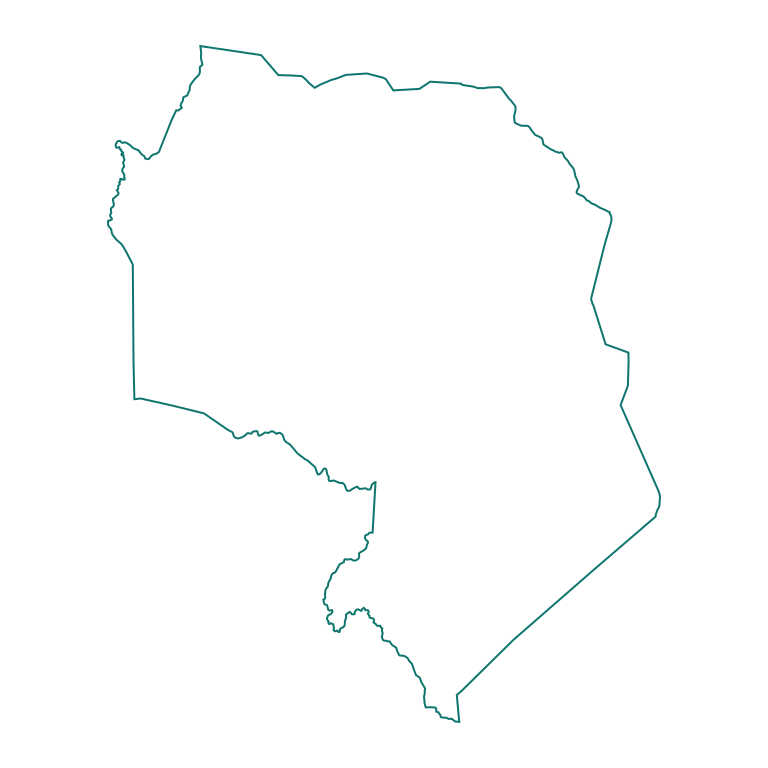 Guaimaca, Francisco Morazán, Honduras
{"feature_id": "27666195B96410778118504", "entity_name": "Guaimaca", "entity_type": "district", "adm_level": 2, "iso_a3": "HND", "parent_name": "Honduras", "parent_adm1": "Francisco Morazán", "projection": "natural_earth1", "projection_center": [-86.911, 14.489], "detail": "fine", "context": "isolated", "style": "outline", "palette": "teal", "viewbox_px": 768, "rotation_deg": 0, "n_neighbors": 0, "source": "geoboundaries", "source_scale": "gbopen_adm2", "svg_char_len": 6077}
<svg xmlns="http://www.w3.org/2000/svg" viewBox="0 0 768 768"><path d="M655.5,516.7L655.9,514.3L657.2,510.5L659.1,506.9L659.5,504.8L660.0,496.2L659.4,493.7L658.3,490.5L620.6,405.1L627.9,385.7L628.6,361.3L628.4,352.6L605.6,344.3L593.4,305.4L592.7,304.4L592.4,303.1L591.2,299.9L591.3,297.9L604.6,244.7L611.1,222.4L611.5,219.9L611.4,217.3L610.8,215.3L609.6,213.3L609.6,212.1L608.0,211.5L605.5,210.1L599.8,207.7L595.2,204.8L591.6,203.4L588.4,200.7L587.4,200.6L586.7,200.3L585.6,198.7L583.2,196.2L580.7,195.3L576.9,193.3L576.6,192.5L576.7,191.5L577.2,190.1L578.8,187.4L578.9,185.7L577.3,180.4L575.3,176.1L574.2,170.3L572.8,167.6L570.0,164.4L567.7,160.6L564.5,157.2L562.9,153.6L562.1,152.6L561.5,152.3L559.3,152.8L555.1,151.5L553.1,150.3L551.1,149.5L544.0,144.9L543.4,144.2L542.5,139.6L541.9,138.3L539.2,136.7L535.3,135.0L532.3,131.4L529.5,127.3L528.4,126.2L526.7,125.7L524.9,125.9L520.8,125.6L515.2,123.0L514.5,121.5L514.1,116.7L514.2,115.5L515.1,112.3L515.5,110.1L515.5,107.2L515.2,106.0L511.1,100.8L509.2,98.9L501.8,88.9L500.7,87.7L498.9,87.1L488.2,87.5L482.4,88.3L480.8,88.0L477.9,88.2L473.3,86.6L462.7,85.0L461.2,84.3L461.0,83.6L430.2,81.7L419.4,88.9L393.3,90.4L385.8,79.1L383.1,77.7L367.0,73.5L345.8,74.9L336.0,78.7L331.4,79.9L320.3,84.6L314.7,87.8L309.2,83.2L305.8,79.5L303.2,77.2L301.5,76.1L291.4,75.5L278.3,75.1L261.1,55.1L200.4,46.1L201.2,53.3L200.9,57.1L201.3,60.1L202.5,64.4L202.2,64.9L200.3,66.5L199.8,67.3L199.9,72.0L199.4,73.9L198.3,75.6L194.6,79.2L190.8,84.3L189.8,86.6L189.8,89.2L189.6,90.2L188.8,91.5L187.3,95.4L183.2,97.4L183.2,98.8L182.7,101.0L181.0,104.0L180.6,105.3L180.8,106.2L181.6,107.3L181.7,108.0L178.1,110.5L176.2,110.3L171.6,120.1L158.9,152.0L156.2,153.8L153.3,154.6L152.3,155.1L150.9,156.4L148.7,159.1L145.9,158.8L145.2,158.5L144.6,156.5L141.5,154.2L138.3,150.1L135.1,149.0L132.9,147.9L129.9,145.0L126.4,142.8L124.6,142.3L123.3,142.8L122.4,142.8L121.3,142.2L120.1,141.0L118.9,140.9L117.2,141.6L115.7,144.4L115.8,146.6L116.1,147.3L116.7,147.7L119.4,147.2L119.9,149.2L121.2,149.7L121.2,150.6L121.5,151.3L123.1,152.6L123.0,153.1L121.8,153.7L121.4,154.4L121.9,155.3L123.5,155.3L123.5,157.0L124.4,159.9L124.1,160.8L123.3,162.0L123.1,162.7L124.2,166.3L123.9,167.1L123.1,167.9L122.5,169.0L122.2,170.7L122.6,172.0L124.3,174.6L124.2,177.4L124.6,178.0L124.7,178.8L124.5,179.6L124.0,179.8L122.7,179.5L121.1,178.7L120.2,179.0L120.1,179.6L120.4,180.4L120.3,181.0L119.1,182.4L119.6,183.0L119.8,184.1L118.3,185.8L118.1,188.9L116.8,190.1L118.4,192.7L118.5,193.8L118.0,194.6L116.4,196.1L113.0,198.8L113.0,200.4L113.8,204.3L113.8,205.1L113.1,206.5L111.5,207.8L110.8,209.2L111.3,213.1L110.4,214.2L110.1,215.5L110.7,217.0L111.8,218.3L111.9,219.1L111.4,219.8L108.0,221.1L108.1,225.0L108.7,226.2L111.2,229.4L111.9,233.3L112.6,234.8L116.3,239.6L121.8,244.4L126.0,251.4L132.8,264.6L133.5,361.4L134.4,399.2L140.6,398.5L171.9,405.5L204.0,413.4L228.2,430.1L232.2,432.1L232.7,432.6L233.7,435.7L234.3,436.8L235.4,437.7L237.1,438.3L238.3,438.4L241.6,437.5L245.2,435.4L246.3,434.1L247.5,433.2L248.3,433.2L251.1,433.7L251.8,433.3L252.2,432.3L253.0,431.6L255.6,431.2L256.9,431.1L257.4,431.4L258.3,435.0L258.5,435.4L259.0,435.6L260.4,435.4L265.1,432.5L265.9,432.5L268.2,433.0L271.8,431.2L273.2,431.6L276.7,433.8L278.7,432.8L280.2,433.0L281.6,433.9L282.8,435.3L284.1,439.4L285.1,441.0L286.3,442.2L289.6,444.2L293.1,448.1L297.1,453.0L300.6,455.9L303.0,457.5L304.7,459.1L306.8,460.0L308.4,461.1L310.3,463.0L315.0,467.0L317.1,472.8L317.9,474.4L318.9,474.5L320.8,473.2L323.8,468.8L324.6,468.5L325.5,468.7L326.0,469.3L326.5,470.2L327.2,474.2L328.7,476.9L328.8,478.1L328.6,479.5L329.0,480.6L329.6,481.0L330.3,481.0L333.8,480.5L339.7,482.9L342.8,483.1L344.6,484.8L346.3,489.4L346.9,490.3L347.6,490.8L348.6,490.9L350.1,490.5L353.1,488.5L356.9,486.7L357.8,487.0L358.8,488.4L359.6,489.0L365.5,488.3L366.4,488.6L367.5,489.5L370.1,489.4L370.8,488.5L371.6,485.4L372.6,483.8L374.5,482.4L375.5,482.2L372.6,532.6L369.4,532.7L368.0,534.4L365.9,535.1L365.2,535.6L365.0,537.1L365.2,538.6L365.6,539.4L367.8,541.5L368.0,542.7L366.8,545.0L366.3,547.7L365.9,548.5L363.4,550.6L360.1,552.4L359.1,553.4L359.0,553.9L359.2,557.0L358.8,558.0L358.1,559.0L356.3,560.2L354.4,560.6L352.9,560.3L351.0,559.0L347.8,559.6L345.3,559.2L344.8,559.3L344.3,560.0L343.8,562.1L339.6,564.3L335.6,571.8L334.7,572.7L332.9,573.2L331.7,574.8L331.0,576.7L330.6,579.0L329.4,580.8L328.3,583.0L328.0,585.8L327.5,586.9L326.5,588.0L325.4,590.4L325.3,592.9L324.8,593.6L325.2,596.3L325.0,598.1L324.4,599.2L323.3,599.7L324.3,603.9L325.1,604.6L326.6,604.8L327.1,605.3L328.3,609.9L329.4,610.5L332.1,610.2L332.3,611.0L332.4,611.9L331.3,613.6L330.4,614.3L328.9,614.9L327.8,615.9L327.0,618.6L327.0,619.3L328.6,621.6L328.5,623.3L328.8,623.9L329.6,623.9L330.6,623.3L332.9,624.1L333.4,624.4L333.5,625.9L334.0,627.6L333.5,629.4L334.0,630.7L335.3,631.3L337.2,630.6L338.2,631.8L339.2,632.1L339.8,631.6L339.8,629.6L340.0,629.2L341.9,627.7L343.4,627.2L344.3,626.0L344.8,624.6L344.9,621.3L346.1,617.4L346.0,614.7L346.6,614.0L348.2,613.1L349.0,612.2L349.7,612.1L350.6,612.5L351.8,614.2L354.0,614.3L354.6,613.8L354.9,611.8L356.4,609.6L358.3,609.4L361.2,610.9L361.7,610.4L362.0,609.4L363.7,607.8L364.8,608.7L365.4,610.3L367.1,610.1L368.2,610.5L368.7,611.6L367.9,613.8L369.4,615.6L369.5,617.4L370.1,617.8L372.6,618.3L373.4,618.8L374.1,619.9L374.0,621.0L373.5,622.2L373.7,622.6L375.6,623.9L377.0,625.7L378.2,625.9L380.3,625.8L380.7,627.1L382.3,628.5L381.9,630.7L382.7,633.0L381.8,636.9L383.0,640.0L384.3,640.7L385.7,640.7L387.3,641.3L389.4,641.4L389.9,641.6L391.0,643.7L392.5,645.3L396.1,647.6L397.5,651.8L399.3,655.2L399.9,655.5L403.8,655.8L405.7,656.7L407.8,658.4L409.3,661.1L412.0,663.9L414.1,670.2L416.0,675.1L419.8,677.7L421.3,682.1L425.0,688.3L425.2,689.1L424.7,690.6L424.8,693.3L424.2,695.7L424.0,697.4L424.3,698.7L424.5,702.8L425.7,707.4L430.3,707.2L435.5,707.6L435.9,708.0L436.2,708.8L436.3,711.7L437.9,712.0L438.3,712.3L439.5,714.1L440.2,714.6L440.7,716.7L441.0,717.2L443.1,717.6L446.4,717.7L448.5,718.9L451.8,718.8L455.2,721.5L459.2,721.9L456.8,695.0L461.8,690.7L513.5,639.8L593.5,570.0L655.5,516.7Z" fill="none" stroke="#0f766e" stroke-width="2"/></svg>